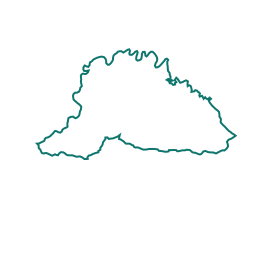 Ribeirãozinho, Mato Grosso, Brazil, rotated 233°
{"feature_id": "56859067B204587652476", "entity_name": "Ribeirãozinho", "entity_type": "district", "adm_level": 2, "iso_a3": "BRA", "parent_name": "Brazil", "parent_adm1": "Mato Grosso", "projection": "natural_earth1", "projection_center": [-52.747, -16.459], "detail": "fine", "context": "isolated", "style": "outline", "palette": "teal", "viewbox_px": 256, "rotation_deg": 233, "n_neighbors": 0, "source": "geoboundaries", "source_scale": "gbopen_adm2", "svg_char_len": 4114}
<svg xmlns="http://www.w3.org/2000/svg" viewBox="0 0 256 256"><g transform="rotate(233 128 128)"><path d="M141.1,190.9L142.3,192.0L143.4,192.9L145.0,193.2L147.1,194.4L149.4,194.3L151.4,195.4L152.8,196.5L154.4,197.3L155.9,198.2L157.3,199.3L158.3,201.1L160.0,200.7L160.5,199.3L159.9,197.9L159.2,194.5L158.7,192.2L158.5,190.2L158.6,188.4L159.5,186.8L161.5,186.9L163.1,189.1L163.7,190.8L164.9,192.4L166.8,193.6L170.0,194.0L172.0,193.9L174.0,193.5L175.1,192.2L175.0,189.7L174.2,187.4L174.0,185.9L175.3,185.5L176.9,186.4L178.8,187.1L179.8,185.6L178.8,183.8L177.4,182.5L175.8,181.0L175.1,179.6L175.3,177.9L176.2,176.1L177.7,175.8L179.0,176.7L180.1,177.8L181.0,179.2L182.5,181.2L184.0,181.5L184.5,179.8L184.1,177.4L184.1,175.1L185.6,173.5L187.0,174.1L188.3,176.0L190.1,176.3L190.7,174.8L190.8,172.2L191.1,169.6L193.2,169.0L194.5,167.2L195.0,165.5L194.6,164.0L194.8,162.4L194.6,160.2L193.1,158.3L191.6,157.1L190.7,155.4L190.1,153.4L189.8,151.4L190.6,150.0L192.7,149.6L194.9,151.0L196.9,151.7L199.2,151.4L200.8,150.0L201.7,148.3L202.7,145.7L203.1,143.8L203.5,141.7L203.0,139.1L203.3,137.2L202.3,136.0L201.3,135.1L200.7,133.0L202.4,131.9L204.0,131.0L203.2,128.9L201.5,127.5L200.0,127.3L198.8,128.7L197.6,131.1L196.6,129.5L196.4,127.3L197.1,126.0L198.5,124.8L198.8,123.3L198.2,121.9L196.5,120.7L195.0,119.9L193.9,118.7L192.6,117.9L190.7,117.0L189.3,116.4L188.8,114.1L187.5,112.7L186.5,110.8L186.9,108.6L188.1,107.0L187.9,104.9L186.7,103.3L185.2,102.6L183.6,101.7L182.3,101.8L180.7,102.2L178.4,102.6L176.4,103.2L174.6,103.5L173.1,103.5L171.2,101.6L170.0,99.4L168.6,98.0L167.7,96.9L167.1,95.5L167.0,93.8L167.3,92.1L168.4,91.4L170.0,91.1L171.3,89.0L171.8,86.6L170.8,85.3L169.6,84.2L168.7,82.9L167.7,82.0L166.5,81.2L165.4,80.4L165.5,78.8L166.1,76.8L166.1,74.6L165.1,73.0L165.1,71.0L166.5,69.9L168.3,69.1L169.5,68.0L169.2,66.1L168.7,64.4L168.6,62.7L168.3,60.9L168.7,58.4L169.5,56.6L169.3,55.0L168.1,53.5L168.5,51.3L168.9,49.5L169.2,47.5L170.2,46.0L168.1,46.2L166.9,45.5L165.6,44.6L163.7,45.0L161.9,44.5L159.8,44.2L158.5,45.2L157.4,47.5L156.1,48.4L153.7,49.6L151.5,50.8L150.9,53.9L149.5,54.6L148.4,55.7L149.1,57.7L149.1,59.8L147.8,61.4L146.1,62.3L144.6,62.5L142.8,63.2L140.9,65.4L139.8,67.0L137.5,68.6L136.3,69.3L135.3,70.8L134.3,72.5L132.0,73.8L129.5,74.5L128.4,75.9L127.6,77.3L129.0,77.9L129.6,80.1L128.7,81.9L128.4,84.4L127.3,87.7L126.4,89.7L127.5,90.5L127.3,92.8L128.9,94.1L129.4,96.2L130.2,97.9L131.6,99.4L132.1,101.0L132.8,103.4L134.0,104.2L132.9,105.9L130.7,106.1L130.0,107.7L128.7,109.8L128.1,112.1L127.6,113.5L127.4,115.1L127.4,117.2L126.2,115.7L124.5,114.2L123.4,115.2L121.7,115.8L119.8,116.5L118.5,116.6L116.8,116.9L115.5,118.5L114.6,119.7L113.4,120.5L112.0,120.8L111.0,121.7L109.0,121.5L107.8,122.3L107.1,123.6L105.8,124.7L104.4,125.5L102.9,126.3L101.3,127.5L99.6,130.0L98.4,132.5L97.0,134.2L95.8,136.0L94.5,137.4L93.1,138.8L91.1,139.0L89.3,141.0L87.7,142.5L86.6,143.4L85.6,144.9L84.9,146.4L85.7,147.6L84.4,149.0L83.4,150.7L82.2,152.1L81.3,153.2L79.8,153.3L78.7,155.0L78.0,156.8L77.3,158.2L76.1,159.7L75.2,161.9L73.3,164.0L71.8,164.5L70.3,164.7L69.1,165.3L67.8,166.8L65.7,168.0L64.0,169.1L63.2,170.3L63.3,172.0L63.9,173.9L63.2,175.9L60.7,177.4L59.7,178.3L58.5,179.7L57.1,181.4L54.7,183.0L53.8,188.4L53.3,190.1L52.0,191.5L52.2,194.5L53.2,197.0L55.6,198.1L57.5,198.8L58.1,201.4L57.3,204.1L57.1,207.1L57.1,209.3L60.0,208.4L61.5,207.7L62.8,207.6L64.8,206.8L67.0,206.5L71.0,206.1L73.5,205.6L76.7,205.4L79.4,207.7L82.2,207.9L83.5,209.0L85.9,210.3L87.6,210.2L90.4,209.4L95.6,208.6L96.9,208.6L99.6,208.6L101.2,209.0L101.3,211.8L103.1,211.5L102.9,209.1L104.7,208.1L106.1,208.1L105.8,206.0L107.9,206.4L109.2,206.5L109.9,204.2L111.3,204.7L112.2,206.2L113.5,206.2L114.9,205.6L116.3,205.6L117.7,204.5L117.4,203.0L118.7,200.4L120.2,201.9L122.2,202.8L123.9,203.3L125.4,202.5L125.5,200.9L127.5,202.1L129.2,203.9L131.1,203.0L131.6,201.0L131.8,199.3L132.7,196.9L134.9,197.0L137.0,197.2L139.1,196.8L138.1,194.2L135.5,194.2L135.7,192.5L134.4,191.8L135.2,190.0L137.6,189.6L138.6,188.3L140.8,188.9L143.1,187.9L143.0,189.6L141.1,190.9ZM141.1,190.9L139.6,190.6L139.1,192.2L141.1,190.9Z" fill="none" stroke="#0f766e" stroke-width="2"/></g></svg>